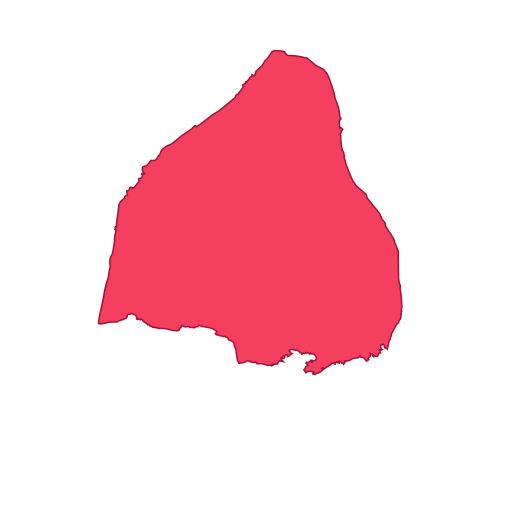 Hebron, West Bank, Palestine, rotated 143°
{"feature_id": "87354302B80979559279056", "entity_name": "Hebron", "entity_type": "district", "adm_level": 2, "iso_a3": "PSE", "parent_name": "Palestine", "parent_adm1": "West Bank", "projection": "equal_earth", "projection_center": [35.111, 31.507], "detail": "fine", "context": "isolated", "style": "filled", "palette": "rose", "viewbox_px": 512, "rotation_deg": 143, "n_neighbors": 0, "source": "geoboundaries", "source_scale": "gbopen_adm2", "svg_char_len": 6119}
<svg xmlns="http://www.w3.org/2000/svg" viewBox="0 0 512 512"><g transform="rotate(143 256 256)"><path d="M279.4,140.5L280.6,140.4L280.1,137.4L283.0,137.6L284.3,136.6L286.3,136.4L286.4,132.6L284.3,132.7L282.3,131.8L280.0,129.1L280.2,128.7L279.9,128.4L281.5,127.9L281.6,127.6L280.3,125.9L277.9,125.8L276.5,125.0L272.8,124.6L271.5,125.0L271.1,126.6L270.4,126.4L270.2,126.7L269.7,126.4L270.3,125.0L267.8,124.7L266.5,124.8L265.3,124.4L263.6,124.7L262.9,124.1L262.2,124.5L261.9,124.2L261.3,124.3L260.5,124.8L259.5,124.8L259.4,124.2L259.2,124.3L258.0,122.2L257.7,123.2L257.0,122.9L257.0,122.7L256.7,122.7L256.6,123.2L255.1,123.2L255.1,121.4L254.5,121.3L253.9,120.4L253.0,122.0L252.5,121.7L251.9,120.2L251.9,118.7L250.8,117.9L251.1,116.8L249.0,117.7L248.0,117.7L248.2,118.6L244.8,116.5L243.7,116.6L243.1,116.1L240.4,116.0L239.4,115.2L237.7,114.5L235.8,113.4L234.6,113.2L232.9,113.6L233.2,111.9L231.4,110.5L231.1,109.7L231.2,106.4L230.9,105.4L228.4,105.4L228.4,106.3L227.7,106.9L226.2,106.9L225.1,107.2L223.5,109.5L222.3,107.7L221.9,106.6L223.0,106.5L222.8,105.0L222.6,104.6L221.3,105.0L220.9,103.9L219.5,102.9L218.5,103.0L217.6,103.9L216.2,104.3L214.8,103.6L214.5,105.3L213.7,106.8L213.3,106.2L213.3,105.5L211.4,105.4L211.9,106.5L211.2,108.5L210.3,109.4L209.4,109.9L208.9,109.2L208.6,109.6L207.4,108.8L207.3,108.1L208.4,105.1L207.2,103.5L207.2,102.6L201.1,107.8L198.6,109.0L197.0,110.4L195.8,110.9L195.6,111.4L194.1,112.6L192.9,112.9L191.7,113.7L184.2,117.0L182.3,116.8L181.6,117.8L179.7,118.4L178.1,119.2L176.7,120.4L174.1,123.3L173.4,124.1L172.8,124.2L172.6,124.7L172.6,125.3L170.6,126.9L165.3,134.7L160.4,143.4L158.9,144.7L158.3,146.1L158.1,147.8L155.8,152.0L142.6,170.0L139.6,173.8L136.4,185.6L136.1,185.4L135.8,186.8L135.2,192.3L134.6,201.2L134.2,202.6L133.4,203.8L133.0,205.0L133.2,209.3L131.8,215.2L132.3,235.2L131.2,238.3L131.1,239.6L133.8,252.4L133.4,254.8L133.6,256.3L133.5,257.5L131.1,267.4L128.9,275.1L126.1,281.9L125.4,282.6L123.8,285.7L123.5,287.4L123.5,288.1L121.1,293.6L120.5,294.2L117.3,299.3L116.3,300.5L115.4,302.5L113.9,303.3L112.9,304.2L110.6,304.9L110.4,305.5L110.8,307.2L111.2,307.6L112.0,307.9L108.6,313.4L108.0,313.5L107.2,314.2L105.9,314.2L105.3,314.9L105.2,316.8L102.4,321.5L101.0,324.7L99.4,329.1L98.3,333.5L95.8,338.7L94.1,343.1L90.3,354.8L89.5,359.2L89.7,362.9L90.0,364.8L93.3,371.7L93.9,373.4L94.3,375.9L95.7,381.3L96.1,383.3L96.7,384.3L97.6,384.7L99.3,387.0L103.3,391.4L109.7,396.9L110.4,398.6L110.3,402.0L110.8,402.8L115.2,407.0L116.8,408.2L118.8,409.3L120.3,409.4L128.8,406.7L131.0,406.6L134.2,405.4L135.8,404.4L145.0,403.5L148.2,400.9L149.6,401.7L149.8,402.9L150.0,403.2L150.4,402.5L153.0,402.2L153.4,402.3L153.9,401.9L158.8,400.6L159.0,401.2L159.5,401.3L160.5,400.2L163.3,400.7L164.1,400.1L164.9,398.5L173.0,396.1L175.1,396.5L176.8,395.3L178.8,395.0L194.8,394.3L199.5,394.3L205.5,395.0L219.8,394.7L225.4,395.1L225.7,396.2L226.4,396.9L228.0,396.5L229.6,396.7L230.5,396.2L242.7,396.8L253.6,396.3L256.8,396.5L260.5,397.4L265.6,397.7L268.0,397.3L271.5,395.1L273.8,394.6L278.1,393.0L278.9,393.1L281.9,394.9L282.2,395.6L288.3,394.0L289.2,394.1L292.4,395.3L293.6,394.8L293.7,394.4L294.7,393.7L295.1,392.9L295.5,390.5L295.1,388.9L296.2,388.7L297.1,390.5L297.4,390.6L297.9,390.3L298.3,389.0L299.0,388.0L300.7,387.2L302.8,388.4L303.2,388.2L304.8,385.7L307.6,385.2L312.4,383.8L313.2,384.7L313.7,384.7L314.6,386.3L315.2,386.6L315.6,386.6L316.7,385.6L317.6,385.2L320.1,385.7L320.7,385.0L320.8,384.0L321.4,382.9L322.2,382.4L322.2,382.0L323.1,382.4L324.7,382.5L326.1,381.7L326.2,381.3L330.3,381.2L332.9,380.4L334.8,379.3L339.1,374.7L348.0,365.8L349.9,363.3L350.4,364.0L350.9,364.0L351.4,363.6L351.7,362.4L352.6,362.2L352.2,360.8L357.1,356.6L361.2,351.8L366.7,346.5L369.7,344.0L372.5,342.8L374.3,341.5L376.5,339.0L378.9,335.1L381.6,333.0L387.2,327.5L391.8,324.3L398.3,319.0L402.2,315.1L419.1,300.5L422.5,296.8L420.1,294.7L413.5,291.7L409.4,289.1L406.7,286.9L404.4,286.7L399.8,285.1L396.5,284.5L393.9,286.3L393.0,286.5L391.9,285.3L389.9,285.0L389.0,283.6L388.8,282.7L388.3,282.5L387.7,280.6L388.1,279.6L388.0,278.2L388.2,277.8L389.2,277.7L389.1,276.8L387.3,275.8L386.8,274.7L385.9,275.0L385.7,274.8L385.3,273.1L385.3,271.3L384.0,268.0L383.9,266.3L383.6,266.0L383.3,266.1L382.8,265.6L382.8,264.0L382.6,263.4L381.9,263.3L381.5,261.2L380.9,260.6L379.9,260.4L379.4,259.2L378.4,258.5L377.5,257.0L374.8,254.9L371.4,251.8L366.9,246.3L364.1,243.8L362.6,243.1L361.7,243.2L360.6,244.0L358.1,244.3L357.7,245.1L357.3,245.2L356.9,244.4L356.3,244.0L355.4,242.2L352.1,240.0L351.9,239.7L351.8,238.6L349.8,237.4L349.3,236.4L348.2,235.7L347.0,236.0L346.4,235.4L345.2,234.7L343.2,234.9L341.9,232.7L336.2,226.6L334.5,224.3L333.6,222.5L333.1,220.4L332.6,219.3L333.6,218.7L335.2,218.5L335.1,217.0L334.2,215.9L333.5,215.9L332.9,214.1L332.5,213.6L331.4,212.9L330.9,211.5L329.0,210.4L328.8,210.1L328.8,209.2L328.0,208.6L327.8,207.9L328.2,206.5L328.2,205.1L327.3,204.1L326.9,202.9L325.7,200.5L327.2,197.6L328.6,192.6L329.6,191.4L333.6,183.9L334.3,180.6L331.0,178.8L330.0,178.6L329.4,178.0L325.6,177.5L322.6,172.9L320.6,171.5L319.9,170.7L319.7,170.0L320.0,169.3L316.0,166.4L312.7,162.0L311.0,160.6L309.8,160.1L309.5,158.8L308.7,159.2L308.6,158.7L307.8,158.5L307.5,159.4L303.8,156.7L302.8,157.5L301.1,158.1L300.3,158.1L297.7,155.1L297.9,157.7L297.8,159.1L297.1,159.5L296.3,159.3L296.5,158.6L295.2,157.6L294.5,157.5L294.1,157.8L293.7,158.2L293.7,159.2L293.9,159.5L293.3,159.4L292.4,159.0L291.6,159.0L290.7,157.9L290.9,157.0L291.2,157.2L291.5,156.7L289.2,156.2L287.8,156.5L286.2,156.3L285.7,156.3L286.7,157.6L286.7,158.1L286.4,158.6L286.7,160.3L284.1,160.3L281.8,158.0L281.9,157.6L281.6,157.4L279.6,155.8L278.9,153.3L279.0,152.6L278.3,151.3L278.6,150.2L278.4,149.8L277.6,150.2L276.9,150.1L275.7,148.6L274.3,148.7L274.2,148.2L273.6,148.4L273.3,148.3L273.2,148.0L273.4,147.9L272.6,147.1L272.4,145.7L270.9,145.8L270.7,145.4L270.9,144.6L270.2,144.4L269.4,143.4L268.8,142.2L268.6,141.3L268.9,138.5L269.5,137.8L271.1,137.0L273.2,137.6L273.9,138.5L274.0,139.1L274.3,139.3L274.5,137.5L275.0,137.2L275.5,137.4L275.5,139.6L277.2,139.4L278.2,139.8L277.6,139.1L278.6,139.5L279.4,140.5Z" fill="#f43f5e" stroke="#9f1239" stroke-width="1.5"/></g></svg>